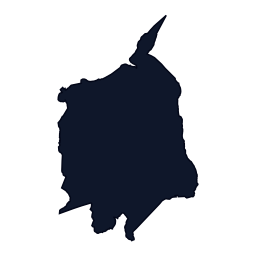 Atzitzintla, Puebla, Mexico
{"feature_id": "50627088B23219182894428", "entity_name": "Atzitzintla", "entity_type": "district", "adm_level": 2, "iso_a3": "MEX", "parent_name": "Mexico", "parent_adm1": "Puebla", "projection": "robinson", "projection_center": [-97.303, 18.944], "detail": "fine", "context": "isolated", "style": "filled", "palette": "ink", "viewbox_px": 256, "rotation_deg": 0, "n_neighbors": 0, "source": "geoboundaries", "source_scale": "gbopen_adm2", "svg_char_len": 5739}
<svg xmlns="http://www.w3.org/2000/svg" viewBox="0 0 256 256"><path d="M182.5,128.8L182.2,128.4L182.1,127.7L182.1,126.9L182.3,126.3L182.2,125.1L182.0,124.4L181.9,123.7L182.1,122.6L182.2,119.7L182.0,119.0L181.2,117.5L181.0,117.1L180.6,116.6L179.4,116.4L178.9,115.6L178.6,114.6L178.3,112.5L178.1,110.4L178.2,109.0L177.9,107.1L178.0,106.3L177.6,104.9L177.5,104.2L177.5,102.7L177.6,100.3L177.5,99.6L177.5,98.8L178.0,98.0L178.8,96.9L178.9,96.3L179.1,95.9L179.2,95.7L179.7,95.5L179.9,95.3L180.0,94.4L180.5,93.1L180.7,91.5L180.6,90.0L180.3,88.0L179.1,85.3L178.6,83.2L178.1,83.1L177.7,82.7L176.7,81.8L175.9,80.8L175.1,79.5L175.1,78.4L165.3,68.6L161.5,64.2L154.5,57.7L151.1,55.8L147.2,54.1L147.3,53.5L147.8,52.6L148.7,51.6L148.9,51.1L149.3,50.6L150.9,49.5L153.6,45.1L153.9,44.1L154.0,42.8L154.5,41.4L154.9,40.7L155.3,38.8L155.9,37.6L156.7,34.3L156.4,33.6L156.5,33.2L156.9,32.8L166.2,15.4L154.3,25.9L150.7,29.8L148.1,32.9L147.4,33.5L145.1,33.8L144.4,34.5L143.7,35.1L143.2,35.7L141.9,36.7L141.2,37.5L140.7,39.5L140.4,40.1L138.6,41.7L138.0,43.2L137.9,44.0L137.6,44.6L137.4,45.9L137.7,46.9L137.8,47.8L137.4,49.0L136.2,50.7L135.1,53.1L134.8,53.3L134.4,53.5L133.9,54.3L132.9,55.1L131.6,56.8L130.3,58.0L129.8,58.5L129.6,59.6L129.8,60.4L130.9,62.1L133.5,63.9L134.1,64.0L134.8,64.4L135.0,64.6L136.0,65.2L136.3,65.4L136.3,65.8L136.5,65.9L136.6,66.3L136.6,67.5L136.7,67.8L136.6,68.0L136.3,68.0L135.9,67.7L135.7,67.2L134.7,66.7L132.5,66.7L131.9,66.4L131.4,66.3L130.1,65.7L130.0,65.4L129.1,65.8L126.1,64.3L125.5,64.2L124.4,64.3L121.8,65.2L121.1,65.9L120.7,66.8L120.0,67.8L111.3,74.3L105.2,77.7L102.6,79.0L101.5,79.0L100.2,79.7L99.4,79.6L99.1,79.3L98.5,79.2L97.0,80.2L95.3,80.8L94.0,81.2L91.8,81.4L90.7,81.6L88.6,81.4L87.1,80.7L86.1,79.8L84.7,79.2L83.2,79.1L82.5,79.2L81.1,80.1L81.0,83.3L71.2,85.3L69.8,86.7L70.1,86.8L69.7,87.3L69.1,87.7L67.8,88.3L67.5,88.6L67.4,89.1L66.5,89.4L65.9,90.0L65.3,89.2L65.0,88.4L64.6,88.7L64.1,89.4L62.7,87.5L60.4,89.6L62.0,92.4L61.5,92.7L60.6,93.0L59.9,93.4L59.4,93.9L58.9,95.0L58.5,96.4L58.3,97.5L58.2,99.7L58.8,100.3L59.0,100.7L59.5,100.9L60.0,101.2L60.7,101.5L61.8,101.4L62.2,101.6L62.7,101.5L63.3,101.7L64.6,101.2L65.1,100.3L65.3,100.3L66.4,102.6L66.8,103.1L67.1,103.2L67.2,103.6L67.3,105.3L67.8,108.2L67.6,108.7L63.0,116.4L62.7,116.3L62.4,116.4L60.4,120.2L58.2,122.8L58.7,125.5L58.6,125.9L59.2,127.2L59.6,127.4L60.0,128.7L60.0,129.4L60.3,129.8L60.2,130.6L59.9,131.6L59.9,133.0L59.7,133.6L59.7,133.9L59.8,134.3L59.6,135.0L59.7,135.5L59.6,136.2L59.8,137.4L59.6,137.5L59.8,138.1L60.1,138.4L60.0,139.3L60.2,139.7L60.2,139.9L59.7,140.2L59.7,140.5L60.0,140.8L60.0,141.0L59.8,141.1L59.7,141.3L59.9,141.5L59.8,141.9L59.9,142.2L59.8,142.3L59.6,142.8L59.0,142.9L59.1,143.3L59.6,144.1L59.8,144.8L59.9,145.1L59.4,146.2L58.6,146.9L58.9,150.6L59.6,151.9L60.6,152.4L61.4,153.1L62.2,154.3L62.5,155.3L62.2,160.7L61.9,170.6L62.0,171.6L62.4,172.5L62.7,172.7L63.1,173.1L63.3,174.8L63.7,175.3L65.8,176.5L65.9,176.9L65.9,177.3L61.7,187.9L65.9,190.6L67.3,192.3L68.8,193.8L68.8,194.1L70.4,197.6L70.1,199.6L70.3,200.3L70.2,200.8L70.0,201.0L69.8,201.6L69.5,201.9L69.1,201.7L67.3,203.6L66.3,205.9L65.8,206.4L64.7,207.1L63.6,208.1L62.4,208.5L62.1,208.8L61.1,209.3L60.7,209.6L60.0,210.4L59.8,210.4L59.5,213.5L74.1,208.2L81.9,205.6L90.9,202.9L91.2,203.3L91.8,204.0L91.6,204.3L91.6,206.1L91.1,207.9L90.3,209.3L92.5,211.5L92.7,211.9L92.7,212.5L92.1,215.0L91.9,216.9L92.4,217.9L93.1,218.1L93.0,218.4L93.1,219.1L94.1,220.5L93.6,221.1L93.0,222.4L91.9,225.7L92.5,226.1L92.9,226.7L94.3,227.1L94.4,230.4L94.6,231.2L95.0,231.6L96.1,232.2L96.8,232.9L97.5,233.2L98.3,233.2L99.1,232.7L101.0,232.2L101.7,232.1L102.5,232.4L102.8,232.2L102.9,231.7L103.2,231.3L104.8,231.4L106.1,230.7L106.3,230.0L107.0,229.9L108.6,228.9L109.3,229.0L109.6,228.2L112.4,228.8L112.5,228.0L113.7,226.4L114.8,224.7L115.1,224.0L115.3,223.1L115.5,220.8L115.3,220.0L115.2,219.3L114.1,217.4L114.9,217.4L116.5,217.7L117.6,218.4L118.2,216.6L118.8,216.2L119.6,216.1L120.2,214.9L121.0,214.2L121.3,213.7L121.7,213.3L122.3,212.9L122.7,212.9L123.6,213.1L124.1,213.4L124.4,213.7L125.2,214.9L126.4,216.2L127.2,217.5L127.8,218.1L128.0,218.5L127.8,219.3L127.2,220.0L126.4,221.8L126.2,222.9L126.3,223.7L126.3,224.4L125.5,225.2L124.9,226.7L124.8,227.2L125.0,228.4L125.3,229.5L125.3,230.8L125.8,231.9L125.9,232.5L126.2,233.5L126.0,235.2L126.0,235.9L126.2,236.6L126.4,237.0L127.1,237.3L127.7,238.1L128.8,239.1L129.3,239.3L131.1,239.7L131.8,240.6L132.2,240.3L132.5,240.1L133.8,239.8L134.0,239.6L134.1,239.0L133.9,238.2L133.8,237.7L133.6,237.2L132.9,236.0L132.9,235.5L133.1,234.5L132.8,233.1L132.7,232.4L132.8,231.9L133.0,231.5L136.0,228.6L159.7,203.6L162.0,200.8L164.2,199.4L165.7,198.7L166.4,198.7L168.0,199.0L169.5,199.1L170.3,198.7L171.5,197.5L172.7,197.1L176.1,196.8L175.3,195.6L177.6,195.4L178.5,196.7L184.5,196.4L185.5,196.7L185.6,197.1L186.8,197.9L192.0,196.4L192.8,196.7L193.1,196.6L193.4,196.0L194.0,195.6L194.0,195.1L193.9,194.6L194.4,193.7L194.4,193.3L194.3,193.0L193.9,191.8L193.8,191.1L193.8,190.8L194.6,190.4L195.0,189.5L195.5,188.9L195.5,188.6L195.4,188.2L195.4,187.9L196.1,187.1L196.2,186.3L196.7,185.9L197.0,185.8L197.3,185.1L197.8,184.7L197.8,184.1L197.6,183.6L196.8,182.8L196.8,180.3L196.7,180.0L196.7,179.2L196.9,178.7L196.8,177.7L196.9,177.1L197.1,176.4L197.0,174.6L196.4,173.4L196.2,172.1L195.9,170.8L195.5,169.5L194.5,167.5L193.8,165.7L193.0,164.7L191.3,161.9L191.0,161.6L189.7,160.7L188.5,159.3L187.8,158.6L187.4,158.2L186.3,155.3L185.5,154.0L185.4,153.6L185.4,150.4L184.9,149.5L184.3,149.0L184.3,148.5L184.2,147.6L184.4,146.1L184.2,145.5L184.3,144.1L184.3,143.6L183.9,142.5L183.9,142.1L184.1,141.8L184.0,140.7L183.0,139.5L182.6,138.8L182.2,137.1L182.1,135.9L182.2,134.1L182.4,133.2L182.4,132.6L182.6,131.3L182.6,129.3L182.5,128.8Z" fill="#0f172a" stroke="#020617" stroke-width="1.5"/></svg>